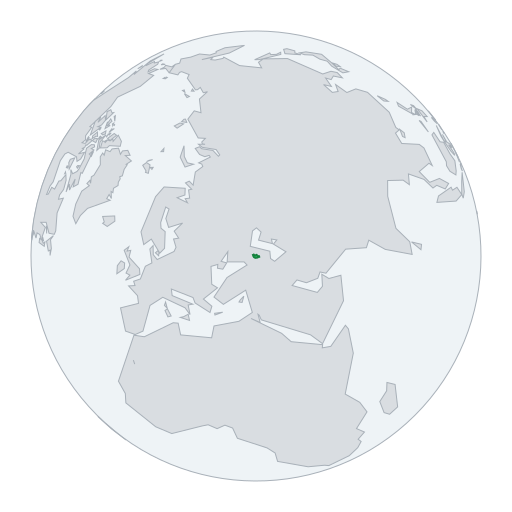 the Earth from above Kakheti, rotated 318°
{"feature_id": "GEO-3033", "entity_name": "Kakheti", "entity_type": "Region", "adm_level": 1, "iso_a3": "GEO", "parent_name": "Georgia", "parent_adm1": "", "projection": "orthographic", "projection_center": [45.882, 41.802], "detail": "fine", "context": "on_globe", "style": "filled", "palette": "green", "viewbox_px": 512, "rotation_deg": 318, "n_neighbors": 0, "source": "natural_earth", "source_scale": "10m", "svg_char_len": 11702}
<svg xmlns="http://www.w3.org/2000/svg" viewBox="0 0 512 512"><g transform="rotate(318 256 256)"><circle cx="256" cy="256" r="225" fill="#eef3f6" stroke="#a8b0b8"/><path d="M231.2,32.1L231.4,32.1L228.9,32.4L231.2,32.1ZM225.8,32.7L227.1,32.6L234.8,31.9L239.4,31.6L255.9,34.1L280.7,38.1L290.9,38.4L286.7,39.5L307.9,40.3L322.9,44.3L304.4,40.5L301.3,40.8L310.7,43.5L309.6,44.5L313.5,46.6L311.3,47.7L300.7,46.0L299.1,46.9L305.8,48.9L307.9,51.7L298.2,48.5L300.8,53.3L283.5,52.5L259.4,45.3L248.2,47.8L219.1,48.7L220.1,50.4L209.8,52.6L207.1,55.6L202.5,55.4L204.4,58.0L209.1,57.6L211.6,58.7L210.5,60.6L204.3,60.5L204.0,59.6L201.6,60.6L199.0,59.9L199.7,61.3L192.4,61.3L197.9,64.2L190.6,66.6L186.3,65.9L189.0,62.2L185.8,53.2L182.2,52.3L174.4,54.2L154.8,65.2L149.9,66.1L141.5,70.1L143.1,71.0L150.2,68.3L151.1,71.5L159.7,68.4L161.3,69.5L169.2,68.3L165.5,72.7L157.6,77.8L150.9,79.2L147.2,81.7L151.5,84.1L137.0,90.9L124.0,103.3L120.6,104.9L117.4,100.6L122.6,90.5L118.6,86.9L118.6,93.8L109.9,98.6L107.4,101.5L106.4,104.2L108.6,104.3L105.1,107.1L103.8,100.9L107.0,98.1L107.4,100.0L109.7,95.5L108.8,92.3L104.5,95.5L107.6,88.8L104.6,91.2L103.6,91.4L108.2,87.9L99.9,94.3L101.7,91.9L114.9,80.4L128.9,70.0L143.7,60.7L159.1,52.6L175.2,45.7L191.7,40.1L208.6,35.8L225.8,32.7ZM31.1,269.3L31.6,275.2L34.4,295.1L36.2,305.4L36.3,305.7L32.9,287.6L31.1,269.3ZM241.7,31.4L235.1,31.9L228.5,32.4L234.2,31.8L241.7,31.4ZM254.0,31.8L250.5,32.0L248.9,31.4L251.4,31.4L254.0,31.8ZM298.5,38.8L293.4,37.7L298.8,38.5L298.5,38.8ZM314.4,46.7L316.3,46.8L317.5,47.9L314.4,46.7ZM170.7,66.0L170.0,67.1L168.9,66.8L170.7,66.0ZM174.9,64.6L174.2,63.4L176.0,62.6L176.4,63.3L174.9,64.6ZM315.3,50.8L316.7,52.8L313.4,50.4L315.3,50.8ZM175.3,66.4L179.4,61.3L182.7,59.9L187.0,61.8L175.3,66.4ZM316.4,53.8L320.0,59.1L324.4,59.6L314.1,61.7L314.4,56.2L309.6,53.0L314.2,54.4L316.4,53.8ZM211.1,56.7L206.0,57.2L211.3,55.2L211.1,56.7ZM213.9,55.2L226.7,48.3L233.7,49.0L228.0,50.9L237.9,50.7L235.0,54.4L228.9,55.3L225.0,54.1L226.9,56.5L213.9,55.2ZM307.8,62.3L307.1,63.5L305.8,62.0L307.8,62.3ZM212.9,59.1L214.9,57.5L221.1,57.8L218.3,61.1L217.2,59.9L212.9,59.1ZM241.9,49.1L246.0,50.1L244.8,53.3L246.2,54.2L235.6,54.5L241.9,49.1ZM215.2,60.8L216.7,62.8L212.8,64.5L211.5,60.7L215.2,60.8ZM223.9,56.6L226.7,57.0L224.2,57.8L223.9,56.6ZM199.7,72.0L201.9,69.7L205.3,69.6L199.7,72.0ZM217.6,63.5L218.9,63.0L220.5,62.8L220.7,64.5L217.6,63.5ZM235.5,56.9L234.1,58.1L239.8,56.9L239.1,59.5L232.1,59.3L234.8,60.5L234.6,61.3L229.1,60.3L235.5,56.9ZM225.6,65.7L216.5,66.9L211.6,71.0L208.4,71.0L216.8,64.6L225.6,65.7ZM228.2,62.6L225.9,64.5L223.1,63.5L222.9,61.5L228.2,62.6ZM241.2,61.4L244.0,57.4L245.4,57.6L241.2,61.4ZM224.8,67.1L227.0,66.8L224.7,67.5L224.8,67.1ZM236.7,63.3L237.6,61.8L239.2,62.0L236.7,63.3ZM230.8,67.6L227.8,67.9L227.6,66.5L230.8,67.6ZM233.9,65.8L236.0,66.5L229.3,65.8L234.0,65.0L233.9,65.8ZM238.1,63.8L239.4,63.4L237.6,64.4L238.1,63.8ZM233.2,73.0L224.9,72.5L224.4,69.3L232.6,70.1L233.2,73.0ZM67.2,315.8L61.0,278.1L66.9,270.7L70.0,257.0L112.3,233.2L119.0,241.3L149.8,250.2L153.2,253.8L147.2,264.2L168.3,287.1L178.0,279.9L199.6,293.1L215.5,295.5L225.5,274.5L199.4,270.1L197.3,258.4L220.1,252.6L243.3,256.7L243.2,252.4L230.6,241.1L238.0,233.9L226.5,236.6L229.6,241.5L222.5,243.6L219.2,239.3L222.0,236.7L215.6,233.6L204.2,247.4L206.1,253.9L188.1,252.8L189.6,263.8L184.0,267.2L179.3,250.1L181.4,244.7L171.0,223.9L167.2,229.3L176.8,249.5L172.8,247.0L167.8,255.4L168.6,247.0L159.1,224.3L144.2,221.8L121.7,236.2L113.7,233.5L108.8,224.5L120.6,203.9L137.0,212.6L141.4,206.2L141.3,193.0L146.3,197.0L148.2,192.9L154.7,195.7L166.9,189.6L174.0,191.5L181.8,179.8L186.5,179.4L180.5,186.3L180.2,192.5L198.1,197.8L202.4,196.0L206.1,188.2L210.5,191.0L211.8,182.8L223.5,182.4L210.2,176.3L214.1,167.8L222.8,162.9L221.7,159.2L207.5,167.4L204.0,171.8L204.8,177.1L193.2,189.1L186.4,189.5L189.5,173.4L180.2,172.4L186.7,161.1L221.1,144.7L233.9,143.2L248.7,158.3L244.0,163.1L236.4,159.9L240.7,170.6L241.7,166.0L245.4,168.6L250.1,161.8L252.9,163.4L252.5,154.5L256.5,155.7L256.7,161.3L267.1,153.0L276.3,153.9L277.2,151.4L275.7,148.4L288.3,151.9L288.5,149.9L284.4,147.9L282.0,142.8L282.8,135.4L287.1,137.0L287.4,139.9L294.6,148.7L294.8,156.7L296.7,156.6L297.6,150.2L288.8,139.3L288.0,134.4L292.9,138.9L291.1,136.8L292.0,135.0L297.1,134.7L292.0,129.6L296.9,108.7L307.2,106.8L311.0,112.7L319.0,101.5L329.9,101.4L326.1,99.4L327.4,93.4L323.9,93.3L322.2,92.0L323.9,78.0L327.7,76.4L324.1,69.3L322.1,68.4L319.1,69.1L314.1,61.7L324.4,59.6L328.3,61.6L332.1,59.4L340.5,64.5L349.2,68.1L356.2,75.8L362.4,78.4L363.2,77.3L372.3,80.5L388.4,91.8L372.0,87.3L347.2,73.8L357.0,79.5L353.8,79.8L356.7,83.0L363.7,87.1L365.1,86.6L371.2,103.5L386.1,120.0L387.5,113.7L393.3,114.4L411.5,130.3L427.4,165.4L435.3,168.9L439.1,174.0L439.4,181.4L433.9,174.0L429.9,175.2L426.8,170.3L425.5,180.5L420.9,173.8L422.2,185.5L427.1,188.7L429.9,181.8L432.9,195.3L442.0,198.6L448.4,209.0L451.2,238.3L445.9,254.0L446.8,258.1L441.9,258.0L439.6,269.9L452.0,282.3L453.1,288.1L447.5,306.7L446.6,302.8L433.8,302.5L434.4,317.5L444.2,321.1L447.7,331.0L441.5,332.8L437.6,324.4L433.0,323.9L432.1,311.5L424.2,297.0L417.7,305.6L416.1,298.1L404.3,288.0L393.8,299.8L378.5,329.1L379.8,348.3L373.1,359.3L356.5,337.6L350.4,319.7L343.6,323.7L327.2,310.9L296.5,315.6L292.9,310.7L287.0,313.9L275.6,309.6L270.4,301.2L263.1,302.1L277.2,324.1L285.1,323.0L292.7,313.6L295.1,321.5L306.2,327.1L291.1,347.8L246.8,365.7L243.8,351.1L217.2,307.0L218.8,302.2L218.7,301.6L218.5,300.6L214.6,308.2L210.5,299.1L223.3,330.6L224.8,343.2L246.2,366.5L243.8,368.6L251.1,373.2L276.1,367.3L275.9,372.0L263.3,393.3L229.9,418.3L235.2,434.2L234.2,446.1L215.2,451.5L218.8,459.4L209.3,460.5L210.0,464.2L203.4,466.5L191.8,466.8L169.9,460.5L167.0,457.4L153.7,447.5L134.6,423.1L138.4,415.2L135.8,406.0L120.2,379.0L123.5,368.2L119.7,360.9L111.6,358.3L107.5,349.4L102.7,346.5L74.6,331.6L67.2,315.8ZM95.2,251.3L93.5,255.2L95.2,251.3ZM266.3,272.4L281.1,272.9L276.9,258.8L282.2,258.0L278.8,253.7L276.5,257.8L268.5,245.9L275.8,241.6L275.2,235.4L270.2,235.0L258.2,245.0L269.5,261.7L265.1,267.6L266.3,272.4ZM110.0,98.9L110.0,99.5L108.3,102.5L107.7,101.7L110.0,98.9ZM108.9,113.5L103.3,117.8L106.9,113.9L105.0,113.3L110.3,104.8L119.1,105.3L114.2,106.4L108.9,113.5ZM119.9,94.3L115.5,99.2L119.9,93.9L119.9,94.3ZM152.5,169.3L153.7,173.3L149.7,177.2L140.7,176.1L146.5,170.4L152.5,169.3ZM156.3,178.3L161.9,163.5L167.7,164.0L163.5,166.1L166.7,168.0L160.9,171.9L160.9,187.5L157.4,192.0L142.8,186.7L149.5,185.8L148.0,181.7L156.3,178.3ZM166.0,129.2L168.5,124.0L177.8,131.7L174.4,135.7L165.2,134.5L163.9,129.1L166.0,129.2ZM182.0,71.2L182.4,69.6L184.1,69.5L185.2,70.7L182.0,71.2ZM200.4,70.9L182.2,78.3L181.7,76.8L171.7,83.6L166.4,82.3L173.1,77.8L161.5,82.2L165.4,77.7L157.7,81.3L173.2,71.4L176.2,67.9L174.8,72.2L179.6,73.4L182.5,72.9L193.3,68.9L202.2,62.5L208.3,63.1L210.3,65.2L209.1,66.9L205.5,65.9L206.5,68.8L200.3,68.6L200.4,70.9ZM229.8,96.9L226.1,93.9L227.0,102.0L220.9,101.0L221.4,102.0L216.0,103.4L210.3,107.0L207.8,105.9L206.7,107.8L203.1,109.0L200.6,111.3L195.4,110.3L192.0,113.2L191.5,111.1L187.0,116.5L188.0,112.0L183.4,113.5L184.9,117.0L162.7,107.9L152.6,108.4L143.7,111.4L146.6,104.0L156.8,96.8L169.9,91.2L179.2,92.2L178.8,89.0L183.2,88.6L181.7,91.3L186.6,87.0L189.7,87.5L201.4,84.0L206.6,78.1L211.0,76.9L210.6,79.5L215.3,76.5L217.4,80.8L220.7,80.1L226.0,83.9L223.3,89.7L227.1,88.6L231.4,91.7L229.8,96.9ZM234.5,74.1L232.7,80.7L228.5,83.6L220.9,75.9L217.7,75.9L212.7,71.6L219.0,67.7L219.8,69.3L222.1,69.9L219.2,70.8L223.3,70.5L224.6,72.8L228.0,73.2L226.5,75.2L234.5,74.1ZM158.7,251.0L161.6,252.7L166.6,253.9L163.5,259.4L158.7,251.0ZM151.9,235.6L154.8,236.0L152.8,243.8L149.8,242.3L151.9,235.6ZM158.0,229.7L155.1,235.4L154.9,231.4L158.0,229.7ZM183.4,186.3L186.6,186.4L186.3,188.4L183.8,190.7L183.4,186.3ZM231.3,122.5L229.8,119.9L231.2,119.2L232.5,112.8L237.2,113.3L238.2,117.4L231.3,122.5ZM220.1,277.7L214.6,281.2L212.6,278.8L214.9,278.1L220.1,277.7ZM186.9,270.9L193.7,275.5L186.0,272.4L186.9,270.9ZM236.6,122.0L236.6,119.3L238.9,121.3L236.6,122.0ZM240.7,113.4L243.7,115.2L237.9,112.6L240.7,113.4ZM273.4,444.5L260.3,462.9L249.4,463.0L246.4,458.1L250.6,447.0L262.9,443.6L268.7,437.6L273.4,444.5ZM468.5,327.0L470.2,323.6L470.0,324.5L468.5,327.0ZM466.9,328.6L469.2,324.2L466.2,331.0L466.9,328.6ZM470.0,322.5L472.3,316.3L473.3,313.0L472.9,315.0L470.0,322.5ZM465.2,331.7L453.8,347.6L448.7,351.7L450.4,347.6L458.7,338.3L465.2,331.7ZM450.0,348.0L441.5,349.1L426.3,337.2L431.8,333.5L447.0,335.4L446.1,338.6L451.3,339.4L450.0,348.0ZM468.5,310.0L467.5,318.3L461.7,326.7L458.8,329.5L456.8,322.8L458.0,316.4L460.5,313.3L467.8,283.7L470.8,283.1L469.2,294.3L471.5,297.0L468.5,310.0ZM381.0,349.6L386.8,358.1L382.8,361.7L381.0,349.6ZM468.7,266.4L467.1,279.2L467.9,264.4L468.7,266.4ZM467.9,254.1L469.1,257.5L467.1,256.1L467.9,254.1ZM448.6,263.6L446.0,267.8L444.9,265.2L447.6,258.2L448.6,263.6ZM453.3,218.0L456.9,226.1L457.7,229.5L454.7,226.3L453.3,218.0ZM276.3,125.9L269.3,134.0L267.3,140.8L271.0,146.0L262.8,142.4L265.8,131.8L276.3,125.9ZM293.9,110.4L290.6,106.4L294.0,106.2L295.2,107.1L293.9,110.4ZM290.6,109.4L282.9,108.2L282.3,104.7L288.5,106.3L290.6,109.4ZM259.6,114.4L257.2,116.6L255.3,114.9L259.6,114.4ZM448.4,373.2L448.8,372.5L450.2,370.2L448.4,373.2ZM472.5,317.6L475.5,306.3L476.4,302.6L472.5,317.6ZM480.5,275.2L480.5,274.4L480.9,268.2L480.3,272.8L481.1,263.3L481.1,264.4L480.5,275.2ZM478.2,288.3L478.0,290.6L477.6,291.1L478.2,288.3ZM478.9,284.5L479.9,280.5L478.7,286.8L478.9,284.5ZM472.9,295.9L473.6,298.8L475.9,290.4L474.1,298.8L475.0,302.6L474.2,306.7L473.5,302.3L472.1,312.0L471.0,314.2L471.0,308.3L472.5,297.1L473.6,291.0L477.3,279.6L472.9,295.9ZM479.2,279.0L478.8,275.2L479.0,270.4L479.5,271.5L479.2,279.0ZM476.5,266.9L474.1,264.7L472.9,270.9L474.3,254.4L476.5,259.2L476.5,266.9ZM472.9,256.5L471.9,262.2L472.3,253.4L472.9,256.5ZM471.1,261.0L469.9,256.9L471.2,254.8L471.1,261.0ZM473.6,254.9L472.1,246.7L473.7,249.7L473.6,254.9ZM466.7,248.2L471.3,249.5L467.0,254.1L462.2,240.0L463.6,236.3L466.7,248.2ZM445.3,171.6L442.4,168.4L442.4,164.4L444.4,167.7L445.3,171.6ZM439.7,150.0L441.4,162.4L442.3,173.0L444.2,172.7L448.2,181.1L443.1,178.0L439.3,165.6L439.3,158.9L435.2,152.5L432.7,144.8L426.7,138.8L424.3,134.2L429.7,137.7L439.7,150.0ZM424.1,136.6L412.9,125.0L414.8,120.9L417.7,122.6L422.1,129.5L420.8,131.1L424.1,136.6ZM410.7,121.1L409.3,122.8L389.9,112.3L386.3,109.2L402.1,114.3L401.7,116.2L406.1,119.8L410.7,121.1ZM309.5,64.0L307.3,63.6L309.1,63.1L309.5,64.0ZM320.3,92.1L318.3,90.2L320.5,89.4L320.3,92.1ZM313.8,84.6L312.7,86.8L312.1,83.8L313.8,84.6ZM310.7,92.1L311.4,87.4L313.3,92.9L310.7,92.1Z" fill="#d9dde1" stroke="#a8b0b8" stroke-width="1"/><path d="M254.3,253.0L254.5,253.2L254.8,253.1L255.0,253.1L255.5,253.2L255.6,253.4L255.6,253.5L255.2,254.3L255.3,254.4L255.4,254.5L255.5,254.5L255.8,254.8L256.0,254.8L256.1,255.1L256.3,255.1L256.5,255.2L256.6,255.3L256.9,255.2L257.0,255.2L257.1,255.3L257.2,255.5L257.3,255.5L257.5,255.5L257.5,255.9L257.4,256.0L257.2,256.2L256.9,256.2L256.9,256.4L256.9,256.6L256.9,256.8L257.0,256.8L257.1,256.7L257.1,256.8L257.2,257.1L257.3,257.2L257.4,257.3L257.5,257.3L257.7,257.5L257.9,257.6L258.1,257.7L258.1,257.8L258.3,257.9L258.4,258.0L258.3,258.3L258.2,258.4L258.2,258.6L258.1,258.8L257.9,258.8L257.8,259.0L257.7,258.9L257.4,258.7L257.2,258.5L257.1,258.4L256.7,258.4L256.5,258.5L256.4,258.5L255.8,258.3L255.7,258.2L255.4,258.0L255.5,257.9L255.3,257.8L254.9,257.6L254.7,257.5L254.4,257.4L254.3,257.2L254.2,257.0L254.0,256.9L254.1,256.6L254.0,256.4L254.0,256.2L253.8,256.1L253.7,256.0L253.7,255.9L253.6,255.7L253.8,255.6L254.0,255.6L253.9,255.5L253.8,255.4L253.7,255.4L253.7,255.2L253.6,254.8L253.6,254.7L253.7,254.4L253.8,254.2L254.0,254.0L254.1,253.9L254.0,253.7L254.2,253.3L254.2,253.2L254.3,253.0L254.3,253.0Z" fill="#22c55e" stroke="#15803d" stroke-width="1.5"/></g></svg>